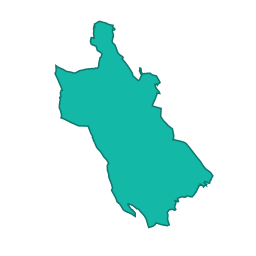 Åmli nor, Aust-Agder, Norway, rotated 227°
{"feature_id": "86288312B47311775566626", "entity_name": "Åmli nor", "entity_type": "district", "adm_level": 2, "iso_a3": "NOR", "parent_name": "Norway", "parent_adm1": "Aust-Agder", "projection": "natural_earth1", "projection_center": [8.405, 58.8], "detail": "fine", "context": "isolated", "style": "filled", "palette": "teal", "viewbox_px": 256, "rotation_deg": 227, "n_neighbors": 0, "source": "geoboundaries", "source_scale": "gbopen_adm2", "svg_char_len": 5697}
<svg xmlns="http://www.w3.org/2000/svg" viewBox="0 0 256 256"><g transform="rotate(227 128 128)"><path d="M226.9,174.4L226.5,174.0L226.2,173.9L225.6,173.2L224.5,172.5L225.4,172.2L224.5,171.4L224.3,170.8L224.0,170.3L223.4,170.0L222.4,169.3L220.3,166.9L219.0,166.2L217.5,165.0L216.9,164.6L217.7,164.2L217.5,163.7L217.8,163.4L218.1,163.2L218.9,163.2L219.3,162.8L217.3,160.0L217.0,159.6L215.8,158.9L214.2,158.3L212.2,159.1L209.5,160.5L208.2,159.7L207.5,159.5L205.6,158.4L204.8,158.7L202.7,159.3L200.4,159.6L199.9,159.5L199.8,159.2L199.6,159.0L198.5,157.1L198.3,156.3L198.6,155.6L198.2,155.2L196.9,153.3L196.7,152.9L195.1,150.7L193.1,148.6L192.9,148.2L192.6,146.2L193.0,146.0L194.2,144.9L194.5,143.7L195.2,142.9L195.8,142.6L197.0,140.7L197.4,140.3L197.8,139.5L198.4,139.3L198.7,138.6L200.3,136.3L201.1,134.6L202.7,132.1L203.2,131.0L203.7,128.6L204.4,126.5L205.3,125.9L205.7,125.5L207.2,124.7L208.0,124.1L209.0,123.5L209.9,122.7L211.4,121.6L214.5,120.7L215.4,120.4L219.7,118.5L222.8,117.8L219.7,115.3L218.2,113.5L218.0,113.0L217.8,112.0L217.3,111.7L215.9,111.3L209.8,109.3L209.2,109.0L204.7,107.4L200.4,105.7L201.0,105.0L201.1,104.6L200.3,103.8L200.2,103.1L199.9,102.6L199.2,102.0L197.6,100.9L197.0,100.7L196.6,100.4L196.4,99.9L197.0,99.4L196.7,98.6L196.1,98.4L195.5,98.3L195.3,98.2L191.7,93.6L190.4,92.4L189.8,91.6L189.5,91.4L188.6,91.3L188.1,91.0L186.1,90.2L183.8,88.9L182.2,87.7L181.1,85.9L178.5,87.3L170.8,90.1L163.2,93.4L156.6,100.1L149.1,97.1L148.0,97.0L145.9,96.3L145.7,96.1L145.5,95.8L145.4,95.4L144.7,95.3L144.4,95.3L143.6,95.0L142.8,94.9L142.5,94.7L142.6,94.3L142.5,94.2L140.2,93.8L137.3,92.6L135.3,92.0L133.5,91.7L129.5,91.8L123.0,90.6L120.3,90.7L119.5,90.7L115.4,89.8L115.4,89.3L115.1,88.5L115.0,88.1L115.0,87.8L114.8,87.5L114.2,86.8L112.0,84.9L111.4,84.3L109.6,83.4L107.8,82.6L105.4,80.7L102.6,79.4L97.4,77.4L97.0,77.0L94.6,75.7L93.8,73.7L93.7,73.5L86.8,71.8L84.1,70.9L81.6,69.7L79.4,69.9L78.8,70.1L77.2,70.0L75.3,69.7L72.1,68.9L70.2,68.9L69.6,69.2L67.6,69.8L66.1,70.6L62.9,71.9L61.6,72.3L60.1,72.5L58.4,73.0L60.8,75.2L61.4,75.3L62.0,75.2L62.4,75.4L62.8,75.3L63.6,75.1L63.8,75.1L63.8,75.3L64.0,75.4L65.2,75.5L65.5,75.4L66.1,74.9L66.7,74.8L66.9,74.9L66.9,75.0L67.9,75.1L68.8,75.3L69.4,75.2L69.6,75.4L71.2,75.6L71.6,75.8L72.1,75.6L72.5,76.5L71.7,76.8L68.9,78.4L66.9,78.9L65.6,79.0L63.5,79.3L62.8,79.4L62.2,79.8L61.4,80.5L59.5,80.2L58.0,80.1L55.5,80.2L53.6,80.1L52.4,80.0L49.7,79.4L48.6,79.0L47.7,78.7L47.2,78.3L41.1,75.3L39.9,77.6L39.8,78.3L39.2,78.9L38.9,81.5L38.9,81.9L39.4,83.9L37.8,84.7L35.2,86.2L32.6,87.9L32.2,88.3L29.7,90.1L29.1,92.2L33.8,94.3L37.3,98.0L39.5,99.0L40.0,102.7L38.0,105.2L35.9,106.1L35.9,107.5L38.3,108.0L40.6,112.0L42.8,112.9L42.1,113.6L41.2,113.6L40.4,113.8L39.8,114.8L40.8,115.4L42.7,116.2L42.7,116.6L42.6,116.9L41.3,119.6L40.8,120.9L39.2,121.7L38.5,122.5L38.0,123.6L38.1,124.8L36.8,126.0L34.9,126.8L34.5,127.7L33.9,128.0L34.1,129.4L34.2,130.8L34.2,131.8L34.5,132.4L35.0,133.3L35.0,133.5L34.7,134.1L35.3,135.6L36.3,137.4L36.3,138.4L36.5,138.9L37.5,140.2L37.1,140.4L37.2,140.9L37.0,141.2L37.0,141.6L36.7,141.9L37.3,142.0L37.4,142.3L37.6,142.5L37.2,142.6L36.5,142.6L36.3,142.9L36.0,143.0L34.9,143.2L34.6,143.3L34.0,143.3L33.4,143.0L33.5,145.9L32.7,146.0L32.9,146.1L33.0,146.5L33.0,146.8L32.9,147.0L33.2,147.2L33.5,147.1L33.8,146.7L34.1,146.6L34.6,146.6L35.0,146.4L35.5,146.3L36.0,146.6L36.0,146.8L36.3,147.0L36.5,147.6L36.3,147.8L32.6,149.4L32.0,150.2L32.1,150.4L33.1,151.5L33.5,152.3L33.4,152.9L33.4,153.4L33.9,153.9L34.2,154.5L35.1,157.4L39.5,158.0L45.4,156.9L50.5,157.4L53.5,158.1L60.2,158.5L69.4,159.4L76.4,159.9L78.4,159.6L80.3,158.7L85.2,155.6L86.1,154.8L87.9,154.0L88.3,153.7L88.7,152.9L89.5,154.2L90.6,155.7L91.0,156.1L97.0,159.9L103.0,158.9L104.3,159.1L109.2,158.9L114.0,159.7L114.9,160.5L117.4,163.1L117.5,163.3L118.2,163.9L119.7,165.6L124.3,162.7L127.7,160.9L128.2,161.7L128.7,162.8L128.8,163.3L129.4,164.3L129.6,165.1L129.6,165.4L130.4,166.5L130.3,166.8L130.8,167.9L131.9,170.0L132.4,170.8L132.6,171.7L133.8,172.8L131.6,174.8L133.6,175.5L135.6,175.5L136.1,175.4L136.4,175.7L137.0,175.6L137.7,175.6L138.0,175.7L138.4,176.0L139.4,176.2L140.0,176.6L140.3,176.6L141.2,177.2L141.4,177.3L141.2,177.4L141.1,177.8L140.9,178.2L140.8,178.3L140.8,178.5L140.8,178.9L140.2,178.7L139.3,178.5L139.4,178.8L139.4,179.1L139.6,179.4L139.6,179.9L139.5,180.1L139.7,180.7L139.7,180.9L139.4,181.4L139.7,182.0L139.4,182.4L140.8,182.9L146.7,184.3L150.2,182.0L153.0,181.5L153.0,181.3L153.5,180.9L154.1,180.1L154.8,179.7L155.0,179.0L155.2,178.7L156.8,176.9L157.1,176.3L157.6,175.5L157.8,175.4L158.2,175.5L159.5,176.0L160.0,176.1L160.5,176.3L161.2,176.9L161.6,177.2L161.6,177.4L162.0,177.6L162.5,177.9L162.8,177.9L162.9,178.0L163.6,177.8L163.8,177.6L163.5,177.5L163.4,177.4L163.2,177.4L162.4,176.9L162.5,176.5L162.7,176.4L162.1,175.6L161.8,175.3L158.1,174.1L157.2,173.9L157.1,173.3L156.8,172.9L156.7,172.3L156.1,171.0L155.9,170.5L155.4,169.6L155.4,169.1L155.6,168.2L155.9,167.9L156.1,167.8L162.8,167.2L164.7,168.3L165.7,168.7L169.4,169.5L174.6,170.3L176.0,170.4L177.9,170.7L182.7,170.8L182.6,171.9L182.7,172.4L183.2,172.6L183.9,172.6L185.1,172.4L187.3,171.8L189.4,171.8L191.6,172.5L192.2,172.6L192.6,173.1L197.5,175.0L198.5,175.1L200.5,174.8L201.3,175.0L202.3,175.7L202.7,175.8L202.9,176.0L203.1,176.7L204.0,178.0L204.8,178.7L204.6,179.4L204.6,179.5L205.8,180.3L206.4,181.2L206.8,181.4L207.6,181.5L208.3,181.8L210.4,183.6L210.5,183.8L209.2,184.4L209.2,184.7L209.0,185.2L209.1,185.4L209.2,185.8L209.5,185.9L210.1,186.0L212.2,185.3L212.6,185.6L212.6,186.3L212.7,186.5L213.3,187.1L213.6,186.8L215.2,185.6L216.0,185.2L217.1,184.4L219.2,183.7L220.9,182.8L222.9,181.4L224.0,180.9L225.2,180.2L226.0,178.7L226.4,175.9L226.9,174.4Z" fill="#14b8a6" stroke="#0f766e" stroke-width="1.5"/></g></svg>